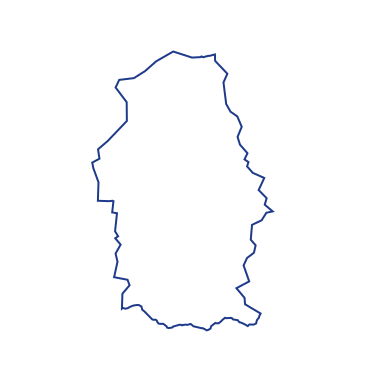 Haywood, North Carolina, United States of America (Mercator projection), rotated 204°
{"feature_id": "52423323B65247392842469", "entity_name": "Haywood", "entity_type": "district", "adm_level": 2, "iso_a3": "USA", "parent_name": "United States of America", "parent_adm1": "North Carolina", "projection": "mercator", "projection_center": [-83.035, 35.542], "detail": "fine", "context": "isolated", "style": "outline", "palette": "blue", "viewbox_px": 384, "rotation_deg": 204, "n_neighbors": 0, "source": "geoboundaries", "source_scale": "gbopen_adm2", "svg_char_len": 1818}
<svg xmlns="http://www.w3.org/2000/svg" viewBox="0 0 384 384"><g transform="rotate(204 192 192)"><path d="M208.6,57.0L208.1,58.0L205.6,58.2L203.5,59.7L201.8,62.0L199.3,64.5L195.8,66.7L194.1,67.1L191.6,66.8L189.6,64.3L186.8,63.5L176.4,59.4L174.9,59.7L173.5,60.5L172.9,60.5L171.9,60.2L170.9,59.2L169.1,58.2L166.6,58.9L165.2,59.7L164.2,59.8L160.5,58.9L159.7,58.0L157.7,58.3L154.8,60.3L154.5,61.4L149.6,65.5L148.2,66.2L147.3,66.1L146.3,66.5L146.2,66.9L143.7,68.3L142.3,68.7L139.5,70.9L136.1,69.9L127.7,71.5L127.2,71.9L124.6,71.9L122.3,71.6L121.3,72.4L119.8,74.3L119.6,74.9L119.9,77.2L117.5,81.8L116.7,81.8L114.3,82.9L112.8,85.7L112.2,87.5L110.7,90.5L109.5,90.6L105.1,92.9L104.3,93.0L102.7,92.3L98.0,93.5L96.9,92.8L95.6,92.3L94.4,92.6L90.3,92.6L86.5,92.2L85.9,93.9L85.3,94.5L81.8,95.9L80.0,97.9L80.0,98.6L80.4,100.0L80.5,101.6L80.2,102.9L79.7,104.6L80.1,105.9L79.9,108.9L97.8,111.0L101.0,116.7L112.3,122.2L103.4,133.6L115.0,145.9L114.9,154.1L110.7,161.7L112.2,169.2L118.9,172.3L123.8,186.4L116.9,194.5L115.6,203.3L110.4,207.1L120.4,210.0L121.3,216.7L131.9,220.9L131.7,234.2L144.3,234.2L152.1,237.8L152.6,242.3L157.3,243.1L157.1,250.0L167.5,254.8L172.8,260.9L173.1,271.8L181.4,279.5L189.4,281.0L196.5,286.2L207.8,304.9L207.8,314.4L224.2,321.2L227.0,327.0L231.5,323.4L232.6,323.0L233.2,322.3L234.1,321.8L236.5,319.7L238.5,319.7L239.0,318.7L246.7,314.8L266.3,312.7L277.9,296.8L284.2,283.1L284.5,282.7L291.4,272.4L304.1,264.8L304.3,256.4L288.2,247.5L280.4,230.4L289.8,204.2L295.2,192.8L290.1,184.8L295.1,178.3L291.8,173.6L291.7,173.5L281.4,162.9L274.4,145.7L263.8,150.0L263.7,150.1L260.4,152.0L260.3,152.3L260.3,152.5L256.6,140.9L251.9,142.1L246.3,124.8L241.5,121.5L243.3,118.5L235.8,114.9L236.8,104.7L231.7,98.0L228.5,82.5L215.2,85.6L211.1,81.4L214.2,70.8L208.6,57.0Z" fill="none" stroke="#1e3a8a" stroke-width="2"/></g></svg>